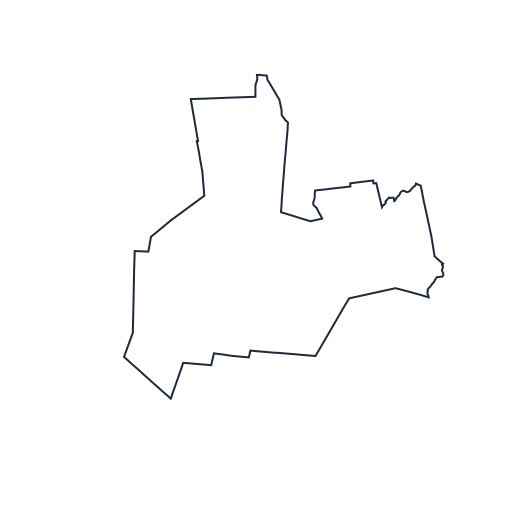 Satchinez, Timis, Romania (Natural Earth projection), rotated 313°
{"feature_id": "2599482B76356002585131", "entity_name": "Satchinez", "entity_type": "district", "adm_level": 2, "iso_a3": "ROU", "parent_name": "Romania", "parent_adm1": "Timis", "projection": "natural_earth1", "projection_center": [21.081, 45.93], "detail": "fine", "context": "isolated", "style": "outline", "palette": "slate", "viewbox_px": 512, "rotation_deg": 313, "n_neighbors": 0, "source": "geoboundaries", "source_scale": "gbopen_adm2", "svg_char_len": 4688}
<svg xmlns="http://www.w3.org/2000/svg" viewBox="0 0 512 512"><g transform="rotate(313 256 256)"><path d="M265.1,358.2L278.1,355.2L279.7,354.9L286.5,353.4L288.5,353.0L292.4,355.7L298.1,359.6L304.5,364.0L311.4,368.8L318.5,373.7L325.0,378.2L327.5,379.9L327.6,380.0L329.1,382.7L332.0,388.1L334.7,393.1L337.3,398.2L339.2,401.7L343.5,410.5L344.5,409.1L345.2,407.3L345.7,406.8L346.5,406.1L347.1,405.8L347.7,405.3L348.2,404.8L348.6,404.5L349.0,404.3L349.4,404.2L350.1,404.2L351.1,404.3L351.8,404.4L352.5,404.3L354.8,404.1L355.5,404.0L355.8,403.8L356.6,403.9L357.7,403.9L358.6,403.8L359.3,403.6L360.2,403.3L361.3,403.1L363.5,402.7L363.9,402.8L364.3,402.9L364.4,403.2L364.7,403.6L365.2,404.0L365.9,404.5L366.2,404.7L367.0,405.3L367.8,406.2L368.2,406.3L368.6,406.3L369.1,406.2L369.5,406.1L370.0,405.7L370.6,405.2L371.0,404.7L371.2,404.2L371.7,402.9L371.9,402.5L372.2,402.1L372.5,401.7L373.1,401.3L374.1,400.9L374.8,400.6L375.3,400.4L375.7,400.1L375.9,399.9L376.1,399.6L376.2,399.4L376.3,399.0L376.3,398.8L376.2,398.5L376.3,398.2L376.9,397.7L377.7,398.1L378.0,398.1L377.7,394.7L377.5,386.9L390.8,369.8L391.0,369.4L394.2,364.8L401.5,354.4L410.5,341.3L416.3,333.4L419.8,328.4L419.3,327.2L418.1,323.6L416.8,324.3L416.6,324.4L416.1,324.4L415.7,324.4L415.0,324.2L414.4,324.1L413.1,323.9L412.3,324.0L411.5,324.0L411.0,324.0L409.7,324.1L409.1,324.3L408.6,324.2L407.6,323.9L407.0,323.7L406.2,323.3L405.9,323.1L405.6,322.8L405.3,322.1L405.0,321.1L404.9,320.6L404.8,320.2L404.6,319.8L404.4,319.6L404.1,319.1L403.8,318.9L403.5,318.7L403.1,318.6L402.5,318.5L401.8,318.4L401.3,318.4L400.8,318.4L400.4,318.5L399.9,318.6L399.4,318.9L398.8,319.1L398.3,319.2L398.1,319.3L397.8,319.2L397.1,319.1L396.5,319.1L396.1,319.1L395.5,319.1L395.0,319.1L394.7,319.1L394.3,319.2L393.8,319.2L393.2,319.4L392.6,319.6L391.8,319.7L391.4,319.8L390.6,319.8L390.4,319.7L392.4,316.9L392.2,316.6L391.8,316.1L391.3,315.6L390.9,315.3L390.6,315.2L390.1,314.8L389.9,314.3L389.6,313.9L389.5,313.4L389.4,313.4L384.3,313.5L384.3,313.8L384.1,314.1L383.8,314.3L383.4,314.5L383.2,314.6L382.7,314.8L382.1,314.8L381.5,314.8L381.1,314.8L380.4,314.6L379.9,314.5L379.4,314.5L378.9,314.5L378.4,314.6L377.6,314.8L381.8,308.5L391.3,294.3L389.2,292.3L391.1,290.2L382.9,283.2L373.5,275.4L372.0,276.8L371.2,277.6L368.5,275.3L365.6,272.9L363.0,270.6L360.4,268.4L358.5,266.8L355.4,264.1L353.7,262.7L349.9,259.5L347.8,257.6L345.1,255.3L344.1,254.5L341.9,256.3L339.6,258.3L338.8,259.1L337.2,259.9L333.5,261.8L332.9,262.6L332.4,263.9L332.5,267.6L331.4,270.4L330.0,274.2L330.0,275.1L329.6,275.8L328.5,278.9L327.3,278.1L327.0,277.9L322.5,274.8L318.6,272.2L318.5,271.9L316.3,267.5L314.3,263.5L311.7,258.0L309.5,253.4L306.1,246.5L305.1,244.5L305.3,244.2L310.2,240.3L315.3,236.0L319.7,232.5L325.0,228.3L327.7,226.1L333.4,221.6L338.6,217.5L340.8,215.7L345.0,212.4L350.8,207.9L353.4,205.9L356.9,203.1L363.7,197.8L368.1,194.4L370.8,192.2L372.5,190.7L375.3,188.5L375.5,186.5L375.4,186.2L375.3,185.8L375.2,185.5L376.0,181.9L376.6,178.6L378.6,176.7L378.8,176.5L379.3,176.1L380.5,174.7L381.1,173.9L381.6,173.1L383.3,170.7L386.2,166.6L386.8,164.5L387.7,161.4L388.9,157.7L389.7,154.7L390.5,152.0L391.6,148.3L392.2,146.0L392.7,144.1L393.7,143.0L394.1,142.5L394.1,142.2L394.3,142.0L394.8,141.4L395.3,140.8L392.3,137.1L392.0,136.7L391.2,135.2L390.7,135.0L389.0,133.2L388.8,133.4L388.0,134.7L386.6,135.9L385.7,136.6L384.9,137.0L384.2,137.4L383.4,137.7L382.6,138.1L381.7,138.5L381.1,138.8L380.1,139.5L372.0,147.0L356.8,131.7L349.7,124.6L347.8,122.8L339.2,114.2L336.3,111.4L332.8,107.8L326.3,101.3L319.5,110.2L300.5,135.2L299.6,134.4L299.2,134.8L298.6,135.7L297.6,137.2L295.0,140.8L293.0,143.5L288.2,149.7L281.3,159.0L264.8,177.1L223.7,169.4L217.4,168.6L201.3,166.5L198.4,166.1L186.1,174.1L185.8,174.3L176.9,163.9L174.2,166.3L161.3,177.6L156.2,182.2L138.8,197.8L115.8,218.3L92.2,228.3L92.3,231.3L92.3,233.6L92.3,237.8L92.4,240.0L92.5,242.8L92.6,245.7L92.7,250.5L92.7,252.1L92.7,255.1L92.8,258.0L92.8,258.7L92.9,263.4L92.9,265.2L93.0,269.7L93.1,271.5L93.2,275.8L93.2,277.6L93.3,281.8L93.4,284.2L93.6,289.9L93.6,291.0L94.5,290.6L94.8,290.4L97.2,289.3L98.4,288.7L101.0,287.6L105.6,285.6L113.0,282.4L115.0,281.5L123.8,277.6L128.2,275.6L129.7,277.5L132.0,280.3L134.3,283.4L136.3,285.8L137.5,287.4L141.4,292.3L145.6,297.7L147.5,296.6L153.2,293.3L156.1,291.6L157.4,293.4L158.3,294.7L161.6,299.3L166.1,305.9L166.6,306.6L170.8,312.0L174.9,317.3L177.0,319.9L178.4,319.1L181.1,317.5L183.0,316.4L183.6,317.2L187.3,322.0L191.4,327.2L195.2,332.1L197.4,334.9L200.9,339.0L202.5,341.1L205.2,344.5L206.7,346.4L209.4,349.8L211.2,352.1L214.9,356.9L215.5,357.7L219.2,362.3L223.4,367.7L223.6,367.6L228.2,366.6L237.2,364.6L243.4,363.2L265.1,358.2Z" fill="none" stroke="#1e293b" stroke-width="2"/></g></svg>